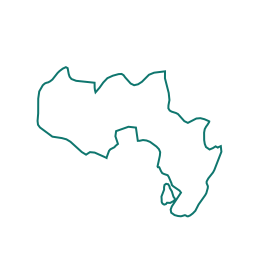 SVG path tracing the border of Pangasinan, rotated 200°
{"feature_id": "PHL-2562", "entity_name": "Pangasinan", "entity_type": "Province", "adm_level": 1, "iso_a3": "PHL", "parent_name": "Philippines", "parent_adm1": "", "projection": "mercator", "projection_center": [120.195, 16.001], "detail": "fine", "context": "isolated", "style": "outline", "palette": "teal", "viewbox_px": 256, "rotation_deg": 200, "n_neighbors": 0, "source": "natural_earth", "source_scale": "10m", "svg_char_len": 1952}
<svg xmlns="http://www.w3.org/2000/svg" viewBox="0 0 256 256"><g transform="rotate(200 128 128)"><path d="M53.9,162.0L53.8,161.3L54.4,158.3L55.1,155.9L55.5,153.2L54.9,149.7L52.3,142.7L50.4,139.3L48.2,136.8L44.0,135.7L41.4,138.1L39.4,140.7L36.9,140.3L36.4,141.0L34.6,142.7L32.1,137.6L32.5,118.1L32.9,115.3L35.3,108.1L35.8,104.7L35.3,103.1L33.0,100.6L32.5,98.8L32.1,93.5L32.5,91.2L35.5,80.3L36.4,73.2L37.9,69.9L39.7,67.1L41.4,65.5L42.2,65.3L44.0,65.6L44.8,65.5L47.5,63.5L48.2,63.1L50.9,62.4L54.4,62.1L58.4,63.2L60.0,65.9L60.0,69.3L56.1,85.4L58.2,86.8L65.6,88.7L67.3,89.5L68.3,91.0L73.0,96.0L74.6,97.2L78.3,97.1L80.4,97.3L82.2,98.7L85.2,101.8L86.5,101.4L87.1,102.0L88.6,112.9L89.5,116.3L91.7,118.7L94.9,120.3L102.5,122.5L106.3,122.6L109.8,121.8L112.8,119.9L114.4,119.3L120.7,131.1L128.0,129.3L138.1,121.0L137.0,115.9L132.0,109.6L133.5,107.1L134.2,105.3L137.3,101.9L138.0,100.0L138.0,93.1L137.9,92.5L140.8,92.8L150.9,93.5L155.5,92.3L158.3,88.6L163.2,89.6L177.4,95.4L182.0,96.3L186.7,95.9L196.1,94.0L210.9,98.4L213.7,100.3L215.4,103.7L217.4,111.0L222.4,124.9L223.9,132.0L222.7,139.0L221.4,141.4L220.1,142.6L218.6,143.6L217.1,145.3L215.6,147.7L213.0,155.6L211.8,158.1L209.6,161.5L207.2,163.9L205.2,163.6L202.2,158.5L200.4,156.2L197.9,154.7L192.9,154.6L174.9,159.1L173.1,154.4L172.0,152.3L170.7,150.4L168.5,156.2L166.8,162.3L164.4,167.8L160.1,172.0L155.3,175.4L152.5,176.6L150.2,176.1L148.0,174.6L140.7,170.7L136.9,170.3L133.5,172.5L130.7,176.2L126.5,185.2L122.4,188.9L112.6,193.9L110.3,187.4L101.7,174.8L98.6,168.4L97.7,163.0L96.8,160.3L94.8,158.7L92.7,158.3L88.1,158.5L85.8,158.2L77.4,153.7L73.5,153.3L67.0,160.3L63.3,162.0L59.1,162.4L54.5,162.1L53.9,162.0ZM73.0,82.4L73.9,84.8L74.2,87.0L73.1,88.6L71.0,88.9L69.0,87.3L68.3,86.0L65.1,83.4L61.8,79.0L60.0,77.8L59.4,76.4L60.3,74.8L62.8,72.0L64.5,71.5L65.8,71.1L66.0,70.4L66.4,69.4L67.8,68.4L69.5,68.7L70.7,69.6L71.3,70.6L71.7,71.8L73.1,75.0L73.0,82.4Z" fill="none" stroke="#0f766e" stroke-width="2"/></g></svg>